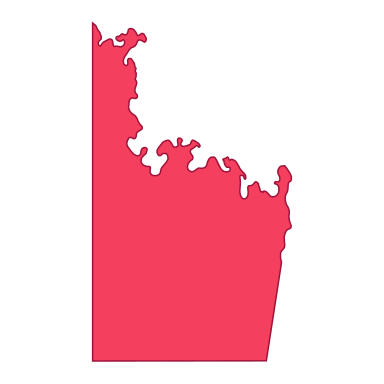 outline of La Pedrera, Amazonas, Colombia
{"feature_id": "7082276B17674180496874", "entity_name": "La Pedrera", "entity_type": "district", "adm_level": 2, "iso_a3": "COL", "parent_name": "Colombia", "parent_adm1": "Amazonas", "projection": "natural_earth1", "projection_center": [-69.992, -1.195], "detail": "fine", "context": "isolated", "style": "filled", "palette": "rose", "viewbox_px": 384, "rotation_deg": 0, "n_neighbors": 0, "source": "geoboundaries", "source_scale": "gbopen_adm2", "svg_char_len": 5974}
<svg xmlns="http://www.w3.org/2000/svg" viewBox="0 0 384 384"><path d="M266.3,360.8L281.3,263.9L281.4,261.5L280.9,260.1L280.5,257.6L280.5,253.4L281.4,251.2L283.8,248.4L284.2,247.7L284.7,245.9L284.7,244.1L284.4,241.2L284.2,237.3L284.4,235.8L285.2,233.2L286.4,230.6L287.5,229.6L290.1,228.4L290.8,227.8L291.1,226.7L291.0,225.2L290.2,223.2L289.2,219.7L288.9,216.8L289.3,212.6L289.1,210.0L288.1,207.4L286.7,205.0L286.0,203.3L285.3,200.4L285.2,198.7L285.2,196.9L285.5,195.6L286.0,194.2L287.2,192.0L287.8,190.0L288.2,184.5L288.4,183.3L289.1,181.9L290.6,181.2L291.3,179.8L291.4,176.8L290.5,174.3L289.3,172.2L286.9,168.5L286.0,167.3L284.6,166.2L284.7,165.8L281.2,166.1L280.4,166.5L279.3,167.5L278.0,170.0L277.9,171.5L277.9,172.4L278.4,174.4L279.0,175.3L279.8,177.7L279.9,179.3L279.6,180.2L279.4,180.9L278.3,181.8L277.8,181.9L275.6,181.6L274.8,182.2L274.5,182.8L274.6,183.5L274.8,183.7L277.0,184.4L278.0,185.5L278.7,187.1L278.8,187.8L278.9,190.8L278.4,193.0L277.9,193.9L276.5,195.5L275.3,196.3L274.3,196.6L272.6,196.8L271.0,196.5L269.6,195.3L267.3,192.7L266.2,191.8L265.5,191.4L264.2,191.1L263.7,191.2L263.2,192.2L262.6,191.6L262.2,191.6L261.5,192.0L260.9,191.7L260.0,189.9L259.8,189.2L259.8,188.2L259.4,187.6L258.7,185.7L258.5,183.7L257.4,182.6L255.9,181.7L254.8,182.3L253.1,184.3L251.9,185.3L250.6,185.7L248.9,185.7L248.3,186.4L247.9,186.9L247.8,187.7L248.2,192.3L248.0,194.6L247.6,196.0L246.8,197.5L245.6,198.6L244.1,198.9L242.9,198.6L242.2,198.0L241.2,196.8L240.4,195.0L240.0,193.3L239.8,190.8L240.4,182.9L240.2,179.6L239.9,177.4L239.9,176.6L240.1,175.9L240.6,175.5L242.0,175.3L242.8,175.8L243.4,175.6L243.7,176.0L244.0,178.0L244.7,179.1L245.1,179.2L245.6,178.6L245.8,177.9L245.6,175.7L245.2,174.8L243.9,173.1L242.0,171.2L239.9,168.6L239.0,166.6L237.0,163.2L235.6,161.3L234.3,160.3L231.9,159.3L230.8,159.6L230.1,160.2L229.6,160.1L229.0,159.6L228.3,157.7L227.5,157.0L227.2,157.1L226.6,157.7L225.8,158.2L223.3,159.0L222.9,159.8L223.8,160.7L224.7,164.5L226.0,166.5L227.0,167.3L228.3,167.2L229.2,167.4L229.9,167.8L230.2,168.5L230.2,169.8L229.2,171.2L228.1,171.7L226.1,171.9L224.4,171.5L223.4,171.1L222.4,170.4L221.3,169.4L219.7,166.7L216.2,159.5L215.2,158.0L214.4,157.3L213.7,157.1L211.2,157.2L210.5,157.6L209.5,158.4L208.7,159.4L207.5,162.1L206.9,164.5L206.2,166.0L205.9,166.6L204.7,167.6L202.2,168.3L198.7,168.1L197.3,168.7L195.7,170.0L193.4,171.5L191.9,171.7L190.4,171.4L189.1,170.6L188.2,169.5L187.6,168.0L187.4,166.5L187.8,164.9L188.3,163.7L189.2,162.2L191.0,160.3L192.4,159.5L192.8,158.5L192.9,157.0L192.7,156.2L191.1,153.9L190.5,152.6L190.3,151.5L190.5,150.4L191.1,149.6L193.9,147.7L196.4,145.7L196.9,145.5L197.4,145.6L198.4,146.9L199.0,147.2L199.5,147.0L199.9,146.4L200.0,145.4L198.9,143.8L198.0,143.0L194.3,140.6L192.8,140.1L192.2,140.4L191.5,141.2L191.0,142.3L190.5,143.8L189.8,144.5L186.9,145.7L184.6,146.3L182.4,146.3L181.8,145.9L181.2,145.3L180.9,144.7L180.8,143.9L180.9,143.1L182.1,141.1L182.2,140.4L182.1,140.0L181.5,139.2L180.7,138.4L179.3,138.1L178.2,138.4L177.7,139.1L177.5,140.9L178.2,145.0L177.6,146.2L176.7,146.8L175.0,147.3L174.4,147.1L173.7,146.7L172.6,145.6L171.7,143.6L170.1,141.4L169.1,140.5L168.0,140.2L165.9,140.7L163.8,141.6L162.7,142.5L160.2,145.5L157.7,149.0L157.1,150.6L157.0,152.0L157.4,153.5L157.8,154.3L158.7,155.5L160.0,155.7L161.3,155.0L162.3,153.9L163.0,153.6L164.6,153.4L166.4,153.9L167.2,154.6L167.6,155.5L168.0,157.8L168.0,159.2L166.4,162.0L161.7,167.7L161.0,169.3L160.4,172.4L159.8,173.6L159.2,174.4L157.4,175.4L155.2,175.7L153.3,175.5L151.8,174.9L150.8,173.8L150.1,172.3L150.2,169.3L150.5,167.9L150.2,166.9L149.2,166.4L147.0,166.4L145.6,166.1L143.1,164.9L142.0,163.7L141.1,161.7L141.2,159.4L141.7,158.0L143.0,156.2L146.0,153.5L146.3,152.3L147.0,150.4L147.1,149.4L147.0,148.8L146.6,148.2L145.3,147.5L144.1,147.6L142.5,148.2L141.7,149.3L141.3,150.1L141.0,151.0L140.6,153.8L140.3,154.3L139.2,155.5L138.0,155.8L136.5,155.6L135.7,155.3L133.9,154.3L131.0,151.2L127.6,146.5L127.0,145.0L126.8,143.9L126.9,142.6L127.4,140.8L128.8,138.0L129.8,137.4L130.4,137.4L131.8,137.8L133.5,138.7L134.3,138.7L135.2,138.3L135.9,137.2L136.2,136.3L136.6,133.3L136.9,132.6L138.5,131.3L141.5,129.5L142.2,128.5L142.3,127.5L142.2,126.8L141.8,126.2L139.8,124.1L138.1,121.2L136.8,118.0L135.5,116.1L134.7,115.4L131.9,113.5L129.9,111.3L129.3,110.1L128.6,107.7L128.6,106.6L128.9,104.9L129.0,102.2L129.2,101.1L129.8,99.5L130.6,98.7L132.0,98.0L133.0,98.0L134.8,98.5L136.0,98.4L137.0,97.7L137.3,96.8L137.4,96.0L137.2,95.1L136.5,94.1L135.4,92.8L134.9,91.0L134.9,89.9L135.2,88.1L136.4,84.6L136.7,82.7L136.4,81.4L135.1,78.8L135.9,77.4L136.1,75.9L136.2,73.1L135.4,71.6L135.2,71.1L136.0,68.3L134.9,66.8L134.8,65.6L134.3,63.3L132.4,60.6L131.7,59.4L131.3,58.9L130.6,58.6L129.1,58.5L128.5,58.7L128.1,59.2L127.7,60.0L127.6,60.6L127.9,63.0L127.8,64.2L127.3,65.0L126.3,65.7L125.1,65.1L124.1,64.3L123.7,63.6L123.3,61.6L123.5,59.5L124.5,57.1L127.3,52.9L129.2,49.8L130.9,48.1L132.2,47.4L133.8,46.8L134.9,46.1L136.2,44.4L137.4,41.6L138.0,40.6L138.8,40.0L140.4,40.1L142.2,40.8L143.5,41.5L144.1,42.1L144.6,42.1L145.5,41.5L146.0,40.7L146.3,38.9L146.0,37.8L144.0,34.3L142.5,33.4L142.0,33.4L141.2,33.7L138.7,35.5L138.2,35.5L137.3,35.2L136.6,34.0L136.2,32.9L135.7,32.0L133.8,29.7L132.8,29.0L132.0,28.8L130.8,28.5L130.2,28.6L129.0,29.0L128.6,29.4L128.3,29.9L127.9,32.1L127.5,32.8L127.0,33.9L126.3,34.6L124.5,34.9L122.8,33.8L121.9,33.9L120.9,34.6L119.7,35.9L118.5,36.4L117.1,36.5L116.3,37.2L116.0,38.4L116.3,39.3L117.1,40.1L118.8,41.1L120.3,41.3L121.0,41.1L121.9,40.8L122.9,40.0L123.2,39.9L123.9,40.0L124.2,40.5L124.6,41.4L124.6,42.2L124.6,42.8L124.1,44.7L123.7,45.2L121.8,46.6L120.6,46.9L116.4,46.1L115.6,46.2L114.8,46.5L114.0,46.4L113.6,45.9L113.1,44.7L112.9,42.7L112.2,40.1L111.2,39.3L110.1,39.0L108.9,39.2L103.3,42.2L102.3,43.2L100.8,45.6L100.4,45.9L99.7,45.9L99.1,45.5L98.6,44.7L98.3,43.9L98.3,42.8L98.6,41.9L99.0,41.1L100.9,39.3L101.1,38.9L101.3,38.0L101.1,36.1L99.7,32.4L97.4,29.3L96.0,26.0L95.1,25.0L92.6,23.0L92.6,361.0L266.3,360.8Z" fill="#f43f5e" stroke="#9f1239" stroke-width="1.5"/></svg>